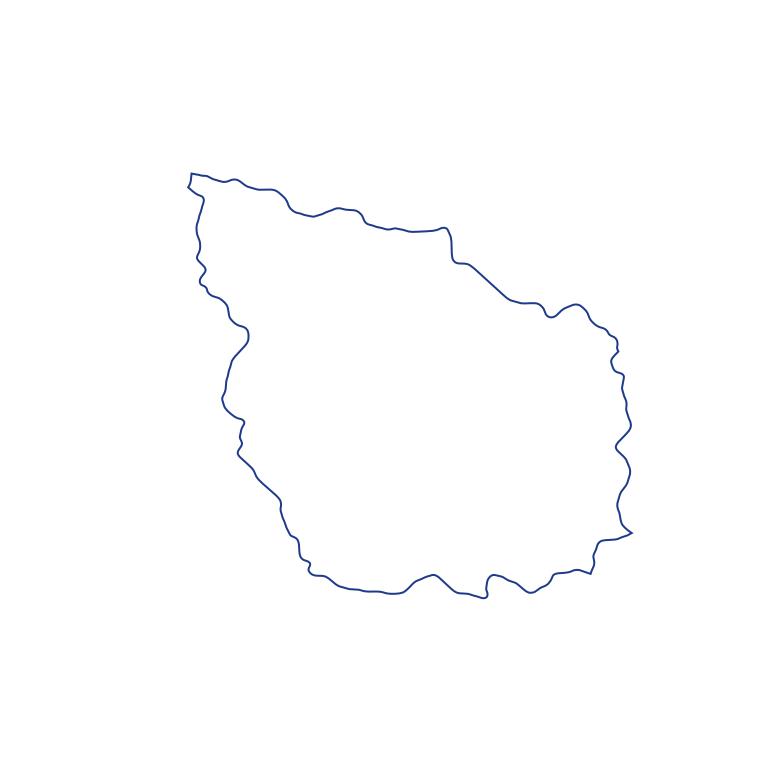 the district of Hato Mayor del Rey, Hato Mayor, Dominican Republic, rotated 132°
{"feature_id": "3306468B72856581619047", "entity_name": "Hato Mayor del Rey", "entity_type": "district", "adm_level": 2, "iso_a3": "DOM", "parent_name": "Dominican Republic", "parent_adm1": "Hato Mayor", "projection": "mercator", "projection_center": [-69.331, 18.711], "detail": "fine", "context": "isolated", "style": "outline", "palette": "blue", "viewbox_px": 768, "rotation_deg": 132, "n_neighbors": 0, "source": "geoboundaries", "source_scale": "gbopen_adm2", "svg_char_len": 6166}
<svg xmlns="http://www.w3.org/2000/svg" viewBox="0 0 768 768"><g transform="rotate(132 384 384)"><path d="M386.9,103.4L383.9,104.7L379.0,106.3L377.3,107.2L375.2,109.0L372.6,112.5L371.3,113.6L369.6,114.3L365.1,115.7L361.0,117.6L359.1,118.1L358.1,118.1L356.1,117.8L355.1,117.4L353.4,116.2L351.1,114.2L345.7,108.9L344.1,107.5L342.4,106.4L338.7,104.7L333.6,101.8L329.0,100.2L329.5,104.4L329.6,108.7L329.3,111.9L328.7,113.9L327.1,116.6L322.5,122.5L320.2,126.9L318.4,129.2L316.2,130.9L308.4,134.7L305.4,135.6L298.1,136.2L295.1,136.8L286.3,140.9L284.1,142.7L282.3,144.9L278.9,151.9L278.1,153.7L277.6,157.0L277.4,164.7L277.2,166.7L276.5,168.6L275.9,169.4L275.1,170.0L273.4,170.7L270.5,171.0L259.2,170.6L254.7,170.7L252.5,171.2L251.5,171.6L250.7,172.0L249.1,173.2L247.4,175.4L245.3,179.8L241.6,186.1L240.4,187.4L236.9,190.0L235.0,192.1L234.0,193.8L232.4,197.3L228.5,203.6L227.2,204.8L219.0,209.8L217.8,210.9L217.4,211.7L217.2,212.5L217.3,214.3L219.3,218.8L219.7,220.7L219.7,221.7L219.5,222.7L218.9,224.4L216.8,228.3L215.7,229.8L215.1,230.4L214.2,230.9L213.4,231.3L211.5,231.7L208.4,231.8L203.0,231.6L202.4,233.2L201.5,234.6L200.9,235.2L198.1,237.1L196.3,239.1L195.5,240.7L195.1,242.6L195.2,244.4L196.2,247.5L196.5,249.0L196.3,250.6L195.3,253.7L195.2,255.6L195.3,256.5L195.8,258.3L197.4,261.7L198.0,263.5L198.4,265.6L198.6,268.7L198.4,271.9L198.0,274.0L197.3,275.8L195.2,280.0L194.6,282.0L194.3,284.1L194.2,288.3L194.4,290.4L195.0,292.4L196.1,294.1L197.4,295.5L199.0,296.6L206.0,300.0L207.8,300.7L210.8,301.3L217.1,301.7L219.1,302.1L220.9,302.9L222.4,304.1L223.5,305.6L223.9,306.5L224.2,308.4L223.9,310.4L221.5,315.2L221.0,317.1L220.8,320.2L221.1,322.2L221.8,324.2L223.0,325.9L225.1,328.3L230.3,333.7L232.3,336.2L236.7,345.0L237.4,346.9L237.9,350.2L238.0,353.5L237.8,392.2L237.9,395.6L238.2,398.9L238.6,401.0L239.5,403.0L240.7,404.7L244.7,409.5L245.6,411.4L245.9,412.4L245.9,414.4L245.3,416.4L244.2,418.1L241.3,421.3L233.2,429.0L230.4,432.3L229.3,434.2L226.8,439.8L226.6,441.5L226.8,442.4L227.7,443.9L228.9,445.1L230.5,446.0L234.0,447.6L237.4,450.1L242.2,454.7L250.0,462.6L252.2,465.0L254.1,467.6L256.7,473.0L260.5,479.4L261.7,480.6L263.9,482.1L265.3,483.2L266.6,484.5L267.7,486.1L269.4,489.7L272.3,494.7L273.8,498.4L275.5,501.7L276.2,503.4L276.4,505.4L276.1,507.3L273.8,512.3L273.3,514.2L273.2,517.3L273.5,519.3L273.8,520.3L274.2,521.3L275.4,523.1L280.0,529.0L282.9,534.3L284.8,536.4L286.4,537.5L290.0,539.2L295.0,541.9L298.8,543.4L306.0,547.7L306.7,548.2L307.8,549.7L311.6,556.1L313.1,559.8L315.4,564.0L315.7,564.9L316.2,566.9L316.3,570.1L316.0,572.1L315.4,574.0L313.2,578.2L312.2,582.1L312.1,587.5L312.2,590.7L312.5,592.8L313.1,594.8L314.7,597.5L316.8,599.9L322.7,606.2L323.9,607.8L324.9,609.6L328.7,617.6L329.3,620.6L329.8,626.8L330.3,628.8L330.6,629.8L331.6,631.4L332.9,632.8L334.4,633.9L338.7,636.1L340.1,637.3L341.4,638.7L342.4,640.4L346.2,648.2L347.4,652.9L347.9,654.6L348.8,656.0L350.9,658.5L352.6,661.7L356.4,667.8L361.6,664.0L364.1,662.5L365.9,661.8L368.9,661.1L368.8,655.6L368.5,651.4L367.8,648.5L366.9,646.2L366.4,644.6L366.4,643.8L366.6,643.0L367.4,641.5L368.0,640.9L369.4,639.8L373.7,637.9L377.9,635.7L382.5,633.8L386.7,631.5L390.4,629.9L392.9,628.3L395.3,626.0L397.5,623.5L398.6,621.6L400.9,617.1L402.1,615.3L404.4,613.0L406.0,611.6L407.8,610.5L409.6,609.7L413.9,608.4L415.4,607.4L415.9,606.7L416.3,605.8L416.7,603.9L417.0,597.6L417.2,595.6L417.9,593.8L418.5,593.0L419.3,592.4L421.2,591.8L427.3,591.3L429.3,590.7L430.1,590.3L431.4,589.2L432.3,587.7L432.5,586.9L432.5,586.1L431.5,582.7L431.4,581.1L431.7,579.7L433.2,577.4L433.5,576.7L433.9,574.9L433.9,573.1L433.4,570.2L431.4,565.9L430.6,564.0L430.1,560.6L430.1,557.1L430.6,553.7L431.5,551.7L432.7,550.0L436.7,545.0L437.8,543.2L438.4,541.0L438.7,537.6L438.7,535.3L438.3,533.0L437.7,530.9L435.7,526.8L435.2,524.9L435.1,523.9L435.4,521.9L435.7,520.9L436.8,519.1L438.2,517.5L440.6,515.4L442.4,514.2L444.5,513.4L446.8,513.0L449.1,512.9L463.3,513.1L466.8,512.8L469.0,512.3L474.1,509.7L477.8,508.2L482.8,505.3L486.4,503.7L488.2,502.5L493.3,498.6L495.1,497.5L496.9,496.7L501.4,495.4L503.0,494.6L504.2,493.3L507.5,487.8L508.2,485.8L508.7,482.5L508.7,477.8L508.3,473.3L507.5,470.1L505.9,467.0L505.3,465.5L505.3,463.8L505.5,462.9L506.0,462.2L506.6,461.6L507.4,461.2L511.6,460.2L513.4,459.5L519.6,455.9L520.7,454.6L522.0,451.6L522.8,450.2L523.3,449.6L524.1,449.1L525.8,448.5L530.6,447.8L532.4,447.1L533.2,446.5L533.8,445.8L534.4,444.1L534.7,442.2L534.8,430.0L534.9,426.5L535.2,424.3L535.8,422.2L538.2,417.0L538.7,414.9L539.0,412.7L539.2,407.0L539.0,389.5L539.3,386.1L539.7,383.9L540.6,382.1L541.7,380.6L543.1,379.3L545.9,377.4L547.2,376.2L551.1,370.0L553.2,365.4L556.0,360.4L558.4,354.3L558.9,352.8L558.9,351.2L557.9,348.1L557.5,346.4L557.6,344.5L557.8,343.6L558.8,341.7L560.1,339.9L565.6,334.3L567.0,332.6L568.1,330.8L568.5,329.8L568.7,328.8L568.7,326.9L568.2,325.1L567.2,322.9L566.7,321.4L566.6,319.8L566.8,319.1L567.2,318.4L567.8,317.9L569.1,317.3L571.2,316.7L572.6,315.8L573.1,315.1L573.7,313.4L573.8,312.5L573.8,310.6L573.2,308.6L572.8,307.7L571.6,305.9L567.5,301.0L566.5,299.1L566.1,298.1L565.5,294.7L565.1,285.7L564.7,283.5L564.1,281.5L559.7,272.6L553.7,265.0L551.4,260.4L550.2,258.6L548.1,256.0L543.4,250.9L541.3,248.3L540.1,246.5L537.8,241.9L535.8,239.1L532.8,235.7L529.5,232.6L526.7,230.7L525.7,230.2L523.5,229.6L520.2,229.2L512.2,228.9L509.0,228.2L503.8,225.7L499.2,223.7L493.8,220.4L492.5,219.2L491.6,217.4L491.0,214.4L491.0,211.2L491.2,196.4L491.0,193.1L490.5,191.0L490.2,190.0L489.2,188.1L484.5,182.2L483.3,180.4L481.7,176.7L479.5,172.4L477.6,168.1L476.6,166.7L475.3,165.6L474.5,165.3L473.6,165.1L472.8,165.3L472.0,165.6L471.3,166.1L470.2,167.2L468.6,170.1L467.5,171.3L462.1,174.9L460.4,175.7L458.5,176.2L456.5,176.3L454.6,176.0L452.9,175.1L451.7,173.7L448.6,168.1L447.9,166.2L447.0,161.2L446.4,159.2L444.1,154.0L443.6,152.0L443.4,149.9L443.2,142.4L442.9,139.3L442.3,137.3L441.9,136.4L440.6,134.9L439.2,133.7L437.4,132.8L430.5,131.2L426.2,129.2L424.3,128.6L422.3,128.3L419.3,128.5L417.4,128.9L413.5,130.2L411.8,130.1L410.1,129.4L407.8,127.6L403.2,123.2L400.8,121.2L399.1,120.0L395.5,118.3L394.0,117.1L392.6,115.8L391.5,114.2L391.1,113.3L386.9,103.4Z" fill="none" stroke="#1e3a8a" stroke-width="2"/></g></svg>